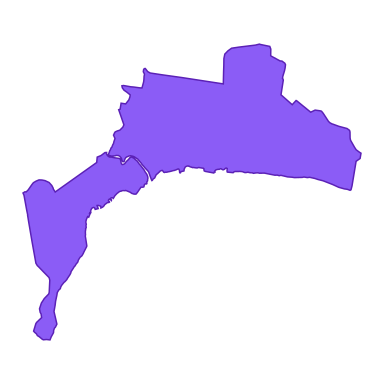 Luganville, Sanma, Vanuatu (Albers equal-area conic projection)
{"feature_id": "77236927B85216783558225", "entity_name": "Luganville", "entity_type": "district", "adm_level": 2, "iso_a3": "VUT", "parent_name": "Vanuatu", "parent_adm1": "Sanma", "projection": "albers", "projection_center": [167.173, -15.521], "detail": "fine", "context": "isolated", "style": "filled", "palette": "violet", "viewbox_px": 384, "rotation_deg": 0, "n_neighbors": 0, "source": "geoboundaries", "source_scale": "gbopen_adm2", "svg_char_len": 5658}
<svg xmlns="http://www.w3.org/2000/svg" viewBox="0 0 384 384"><path d="M110.2,150.2L109.7,150.8L109.2,152.5L108.4,154.2L108.7,155.0L109.2,155.5L111.7,156.1L115.1,155.8L116.1,155.4L118.3,155.5L119.7,156.2L121.1,157.8L121.5,158.5L121.6,159.3L122.0,160.3L122.6,161.6L123.6,161.7L124.1,161.5L125.0,158.9L125.7,157.7L126.6,157.0L129.0,156.0L130.5,155.7L133.1,156.3L134.5,156.9L136.0,158.0L137.6,158.9L141.3,163.3L141.5,163.6L142.0,164.4L144.0,166.6L145.0,167.9L147.9,171.0L148.7,172.1L149.8,175.2L151.5,179.9L151.9,180.6L152.4,180.3L152.9,179.3L153.5,178.7L154.2,178.3L154.7,177.9L156.1,174.9L156.7,174.3L157.9,173.4L158.5,172.6L159.5,171.9L159.9,171.3L160.5,170.9L161.2,170.6L161.4,170.6L161.7,170.5L162.5,170.5L163.3,171.6L163.6,172.1L164.3,172.5L165.3,172.2L166.8,172.2L167.8,171.9L169.5,171.6L171.2,171.2L173.2,170.6L174.1,170.5L176.2,169.8L177.6,169.1L178.7,169.0L179.4,170.2L179.7,172.7L180.4,172.8L180.5,172.1L180.9,172.0L181.4,171.6L182.4,171.2L182.7,171.3L182.9,171.3L183.5,171.0L184.0,170.9L184.1,169.7L184.3,168.9L185.0,167.5L185.3,167.0L186.0,166.5L186.8,166.2L188.1,165.9L188.6,166.2L189.4,166.3L190.2,166.9L191.0,167.0L192.6,167.6L193.3,167.5L196.1,167.9L197.5,167.9L198.2,167.6L199.0,167.5L199.3,167.6L203.5,168.3L204.0,169.0L203.9,169.6L204.2,170.9L205.3,171.4L213.8,173.0L214.1,172.2L215.0,172.1L214.9,170.8L215.8,170.0L217.0,169.5L218.4,169.3L219.3,169.3L220.6,168.7L221.1,168.8L222.6,169.7L223.3,169.8L224.7,169.2L224.9,168.7L225.3,168.4L225.7,168.2L226.5,168.1L227.2,168.5L227.1,170.1L227.0,171.1L227.3,172.1L233.1,172.7L233.5,172.2L234.9,171.5L238.9,171.5L239.4,171.4L242.0,171.6L243.1,171.9L244.5,172.5L245.8,172.6L248.0,172.2L249.3,172.6L250.9,172.8L252.3,172.8L253.3,173.3L256.1,172.9L258.0,172.8L259.4,173.2L264.3,173.1L269.8,174.2L274.9,175.2L277.3,175.1L279.2,175.7L280.9,175.3L287.6,176.9L291.9,177.2L294.4,177.6L302.4,177.4L303.9,177.0L307.3,177.6L309.7,177.3L315.0,178.5L318.0,179.5L323.1,180.8L332.6,184.5L338.7,187.3L344.4,188.9L347.3,189.3L350.1,190.3L351.0,189.8L352.0,186.0L356.1,161.3L360.1,158.5L361.0,153.2L359.7,152.4L356.2,149.8L354.5,147.2L350.7,140.5L350.4,139.6L350.1,138.0L350.0,132.0L349.6,130.5L349.1,130.0L347.0,128.5L338.8,126.3L332.5,124.0L332.2,124.0L329.8,122.7L328.4,121.3L323.2,113.3L321.5,111.2L320.1,110.8L315.1,110.1L310.7,112.2L296.6,100.7L296.1,100.5L292.2,104.7L281.0,94.8L283.3,80.1L283.0,79.0L282.5,78.5L282.8,76.4L284.5,70.8L285.1,68.0L285.5,64.7L284.8,63.2L282.0,61.1L280.0,60.9L271.2,56.1L270.7,55.6L270.8,49.1L269.8,46.4L260.6,44.5L259.4,44.1L255.4,45.1L239.0,47.1L231.6,48.2L228.0,50.8L224.8,54.1L223.9,58.6L223.8,65.8L223.6,71.2L223.3,83.9L181.5,77.5L162.1,74.8L150.2,73.0L147.7,71.6L145.3,68.5L144.3,68.6L143.6,69.6L143.3,71.8L144.4,73.9L144.4,75.2L144.1,75.9L143.9,79.7L143.6,82.0L142.0,87.9L140.2,87.9L133.5,87.0L130.9,86.8L123.4,85.5L121.9,85.8L122.3,87.8L124.0,90.2L126.6,92.0L130.2,94.9L129.9,97.0L128.9,99.8L125.7,103.9L121.1,103.2L120.1,109.2L118.7,109.7L123.9,124.8L122.8,127.2L119.8,130.2L117.4,130.9L115.2,131.9L114.3,133.3L113.9,134.5L113.5,135.1L115.0,138.5L113.9,141.7L113.5,143.5L112.7,144.9L111.9,147.1L111.1,147.9L110.2,150.2ZM33.6,331.1L34.5,332.2L36.4,333.8L37.4,335.6L39.2,336.7L42.3,339.3L43.4,339.8L46.4,339.5L50.0,339.9L51.2,336.9L53.5,332.7L53.7,330.2L54.6,327.9L55.4,327.2L56.9,324.1L54.0,311.5L55.1,305.4L55.6,301.2L56.8,295.6L57.3,292.5L58.8,290.0L60.3,288.7L60.8,286.8L61.9,285.0L64.0,282.4L65.0,281.6L66.8,279.6L67.5,278.3L69.0,276.1L69.8,274.9L70.4,273.8L70.9,272.7L71.0,271.7L73.0,268.7L74.3,266.6L74.9,266.1L76.3,263.8L77.4,262.6L77.9,261.8L78.3,260.2L80.0,257.4L81.2,256.4L81.9,255.8L83.2,253.6L83.9,252.0L86.7,246.5L86.8,245.7L85.7,238.5L85.5,237.3L85.3,236.2L85.5,234.7L85.5,234.2L85.4,233.5L85.4,231.0L85.7,229.7L85.6,228.6L86.2,227.8L86.0,225.4L86.3,224.2L85.9,222.9L85.9,221.4L86.4,219.4L87.6,216.6L88.7,217.2L90.1,213.7L89.5,213.5L89.7,212.9L90.5,213.2L90.9,212.2L90.6,212.0L90.6,211.1L91.1,209.5L91.6,208.7L92.3,207.9L93.2,207.5L94.0,207.5L94.6,207.9L95.2,209.4L98.2,208.6L97.1,205.5L97.8,205.4L98.4,205.4L100.7,206.2L100.9,208.0L102.5,207.2L103.5,206.4L104.3,205.4L104.6,204.7L107.6,202.5L108.9,202.5L109.5,202.1L109.4,201.6L108.6,200.9L108.4,200.2L108.8,199.6L109.3,199.1L109.8,199.1L111.4,200.5L111.5,199.9L110.4,198.6L111.1,197.9L111.9,197.7L112.6,197.8L113.3,198.4L114.2,196.9L114.9,195.7L116.9,193.6L117.2,193.3L117.7,193.0L118.5,192.3L119.5,191.6L120.2,191.3L121.1,191.2L121.8,190.8L122.8,190.6L123.9,190.6L125.1,190.7L125.7,190.4L130.1,192.2L131.8,193.4L132.8,193.7L134.0,194.1L136.0,194.1L137.3,192.6L137.9,191.7L141.0,187.2L142.9,187.2L143.9,186.8L144.1,185.8L144.3,184.9L145.1,184.0L145.7,183.8L146.1,183.9L146.6,183.9L146.9,183.4L146.8,182.0L147.6,180.8L147.6,179.8L147.9,178.3L147.8,177.1L147.4,175.6L146.6,173.9L145.2,172.0L144.0,169.8L141.2,166.3L140.2,165.0L139.8,164.6L139.3,164.1L137.1,161.0L135.3,159.6L134.1,158.4L131.8,157.1L131.1,157.1L129.8,157.8L128.6,159.4L126.5,161.4L125.6,162.4L124.8,163.6L124.0,164.1L122.9,164.5L122.1,164.5L121.5,163.8L121.1,162.9L120.5,159.6L120.0,158.8L119.0,158.4L114.7,157.8L111.3,157.1L109.7,157.1L108.7,156.6L107.5,155.6L106.4,153.7L106.6,152.5L105.5,152.5L104.9,152.6L101.1,155.5L97.2,157.1L96.7,162.5L55.2,192.0L53.3,189.0L53.2,188.2L51.8,185.5L49.1,182.5L45.0,180.6L41.9,180.0L39.0,179.9L36.1,181.1L33.4,182.7L31.9,184.6L28.2,189.9L26.2,191.9L24.9,191.8L23.0,193.0L24.0,195.3L26.8,210.7L27.7,214.9L27.6,215.2L28.6,221.5L32.1,242.0L35.9,263.2L37.3,265.6L38.5,266.7L43.9,272.3L49.1,277.6L49.8,280.3L49.7,282.0L49.2,292.3L48.7,294.0L44.3,298.5L42.8,300.9L41.4,303.0L39.5,308.8L40.2,312.4L41.1,314.0L41.6,317.6L36.8,322.2L35.9,323.5L33.6,331.1Z" fill="#8b5cf6" stroke="#5b21b6" stroke-width="1.5"/></svg>